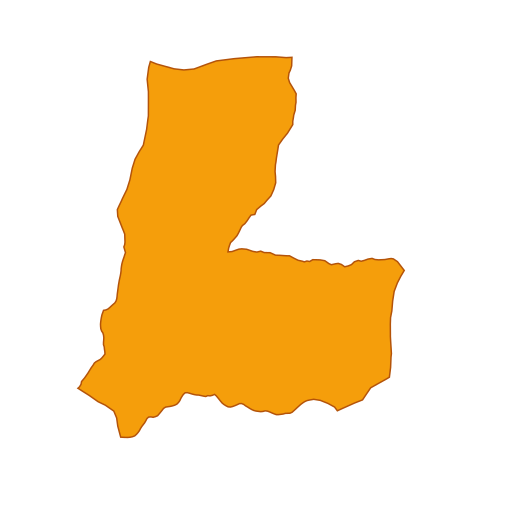 outline of Gozhi, Daga, Bhutan, rotated 190°
{"feature_id": "84629894B53635199358843", "entity_name": "Gozhi", "entity_type": "district", "adm_level": 2, "iso_a3": "BTN", "parent_name": "Bhutan", "parent_adm1": "Daga", "projection": "mercator", "projection_center": [89.936, 26.937], "detail": "fine", "context": "isolated", "style": "filled", "palette": "amber", "viewbox_px": 512, "rotation_deg": 190, "n_neighbors": 0, "source": "geoboundaries", "source_scale": "gbopen_adm2", "svg_char_len": 4113}
<svg xmlns="http://www.w3.org/2000/svg" viewBox="0 0 512 512"><g transform="rotate(190 256 256)"><path d="M255.1,457.9L260.7,456.6L271.0,455.6L290.0,452.3L311.6,446.6L329.0,441.2L337.9,436.2L349.5,429.4L359.3,426.7L369.1,426.1L387.1,427.8L393.8,429.2L394.4,423.1L393.9,411.2L391.1,401.3L390.5,399.2L389.6,394.2L388.5,388.0L386.3,375.2L386.2,371.9L385.7,361.7L386.2,345.6L389.1,338.5L391.9,330.3L393.1,321.0L393.4,309.1L394.7,299.1L397.5,289.4L398.1,286.9L399.6,281.5L400.6,277.6L399.0,271.0L392.8,260.8L391.1,258.1L389.1,254.8L387.4,246.8L387.3,244.3L387.7,242.0L385.1,236.6L385.5,234.3L385.8,231.9L386.2,229.6L386.5,227.3L386.7,224.9L386.7,222.6L386.6,220.2L386.3,217.9L386.2,215.6L386.2,213.2L386.3,210.9L386.4,208.5L386.4,206.2L386.4,203.8L386.3,201.5L386.2,199.1L386.1,196.8L386.0,194.4L385.8,192.1L385.7,189.7L386.0,187.4L386.9,185.2L388.4,183.4L389.8,181.6L391.2,179.7L392.8,177.9L394.7,176.7L396.7,176.0L397.1,173.6L397.5,171.3L397.6,169.0L397.6,166.6L397.5,164.3L397.3,161.9L396.8,159.6L396.2,157.4L395.0,155.3L393.4,153.6L392.4,151.5L391.7,149.2L391.4,146.9L391.2,144.6L390.8,142.2L389.7,140.2L389.1,138.0L388.3,135.7L387.7,133.2L388.8,131.1L390.0,129.0L391.4,127.1L393.2,125.7L395.1,124.2L396.6,122.5L397.5,120.1L398.8,117.5L401.2,111.4L403.6,106.2L406.0,102.1L406.0,99.3L407.1,96.5L408.4,94.8L402.1,92.2L396.2,89.8L386.2,85.1L378.4,82.9L369.1,78.6L365.1,72.3L362.6,64.5L357.8,54.1L355.2,54.4L352.9,54.7L350.6,55.1L348.4,55.7L346.2,56.6L344.2,57.8L342.7,59.7L341.5,61.7L340.5,63.8L339.8,66.0L338.9,68.2L337.8,70.3L336.7,72.4L335.9,74.6L335.2,76.9L333.8,78.7L331.6,79.3L329.3,79.3L327.2,80.3L325.2,81.6L324.0,83.6L322.8,85.7L321.7,87.7L320.6,89.8L318.8,91.5L316.5,92.3L314.3,93.0L312.2,93.9L310.1,95.0L308.2,96.4L306.9,98.3L305.9,100.4L305.3,102.7L304.5,104.9L303.5,107.1L302.0,109.0L299.8,109.5L297.5,109.3L295.2,109.0L292.8,108.8L290.5,108.8L288.2,109.1L285.8,109.0L283.4,108.9L281.1,108.9L279.3,110.1L276.9,110.3L274.8,111.2L272.8,112.5L271.0,111.5L269.2,110.0L267.5,108.5L265.7,106.9L263.8,105.3L261.8,104.2L259.6,103.3L257.3,102.6L255.0,102.8L252.9,103.7L250.7,105.0L248.7,106.3L246.8,107.7L244.6,108.2L242.3,107.7L240.2,106.6L238.0,105.8L235.9,104.9L233.7,104.1L231.4,103.5L229.1,103.3L226.8,103.4L224.4,103.5L222.2,104.1L220.1,105.1L217.7,105.2L215.4,104.8L213.1,104.2L210.8,103.7L208.5,103.3L206.3,103.7L204.0,104.4L201.8,105.1L199.8,106.1L197.5,106.6L195.2,107.1L193.3,108.4L191.8,110.3L190.4,112.1L189.0,114.0L187.5,115.9L186.1,117.7L184.5,119.4L182.8,121.0L180.8,122.4L178.7,123.3L176.5,124.1L174.3,124.9L167.6,125.0L159.5,123.3L152.4,120.9L149.0,117.7L144.1,121.1L133.3,128.4L126.1,132.8L123.3,139.2L120.2,146.1L118.4,147.6L114.5,150.8L105.4,158.2L103.6,159.8L103.7,161.7L104.1,169.6L105.5,180.0L105.7,183.4L108.4,194.6L109.7,200.2L110.1,202.5L111.9,212.3L112.8,218.7L112.7,225.5L113.6,235.5L113.8,245.1L112.1,254.1L109.9,261.2L107.5,267.5L115.7,275.0L120.2,277.0L122.4,277.0L124.7,276.3L128.4,274.9L134.5,273.5L138.3,273.2L141.3,273.8L145.2,272.4L148.5,270.5L151.5,269.1L154.5,269.4L158.1,267.4L160.5,264.1L163.5,262.2L166.8,260.8L170.4,262.5L173.7,263.0L176.2,262.2L180.3,260.5L182.7,261.1L187.4,263.3L192.1,263.3L196.5,262.7L199.5,262.2L202.2,259.9L205.0,259.9L207.4,258.6L209.3,258.9L213.8,259.1L218.2,260.4L223.0,262.0L226.1,261.5L232.7,260.8L236.9,260.2L239.1,260.8L242.7,261.7L245.8,261.2L248.6,260.8L252.2,261.6L255.8,260.0L258.0,260.0L260.0,260.0L263.8,260.6L266.4,261.0L271.2,260.6L274.0,259.8L276.2,258.6L280.4,256.2L284.3,255.2L284.3,259.1L283.9,262.1L283.4,264.8L281.9,266.8L280.7,268.6L278.3,272.6L277.3,275.4L276.5,278.2L275.6,281.6L274.7,283.6L272.6,285.9L270.9,289.1L269.3,292.8L268.0,295.4L266.2,296.1L264.4,296.7L263.4,301.8L260.2,305.7L257.0,309.1L254.9,312.8L251.8,317.7L250.1,324.4L249.3,331.5L250.6,337.8L251.9,342.5L252.7,349.2L252.7,352.1L252.9,355.9L253.0,364.0L253.1,369.2L249.9,376.0L246.3,382.5L242.6,391.8L243.2,395.1L243.2,398.8L243.3,401.4L242.7,406.3L243.3,411.3L243.3,414.3L244.2,419.0L244.6,422.7L247.0,425.7L250.2,429.4L253.0,432.6L255.1,436.7L255.3,441.9L254.5,444.9L253.9,449.4L255.1,457.9Z" fill="#f59e0b" stroke="#b45309" stroke-width="1.5"/></g></svg>